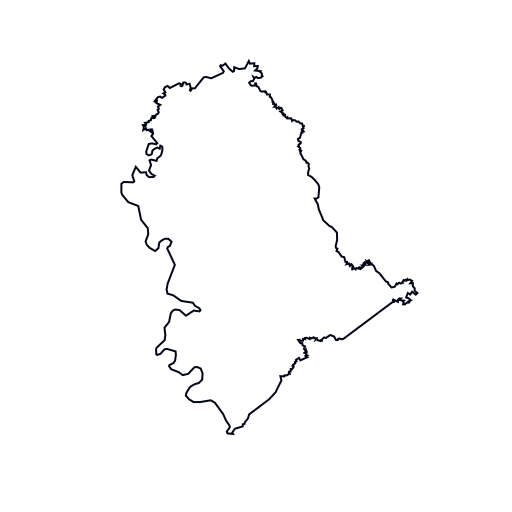 Phon Charoen, Bueng Kan, Thailand, rotated 27°
{"feature_id": "78962969B2501060362083", "entity_name": "Phon Charoen", "entity_type": "district", "adm_level": 2, "iso_a3": "THA", "parent_name": "Thailand", "parent_adm1": "Bueng Kan", "projection": "albers", "projection_center": [103.668, 18.069], "detail": "fine", "context": "isolated", "style": "outline", "palette": "ink", "viewbox_px": 512, "rotation_deg": 27, "n_neighbors": 0, "source": "geoboundaries", "source_scale": "gbopen_adm2", "svg_char_len": 6124}
<svg xmlns="http://www.w3.org/2000/svg" viewBox="0 0 512 512"><g transform="rotate(27 256 256)"><path d="M310.4,420.4L309.7,425.8L311.2,427.0L316.3,425.0L315.0,424.2L315.6,419.6L321.5,413.8L320.7,411.9L322.0,410.8L321.6,409.0L322.6,404.4L321.8,400.2L332.8,377.6L335.3,368.6L335.1,355.3L332.3,352.0L335.7,350.5L335.5,349.4L337.3,348.7L338.8,346.6L338.5,345.7L339.4,345.5L338.0,344.1L339.3,343.1L338.3,341.0L339.3,340.9L339.9,338.4L338.7,337.6L339.4,337.0L338.4,336.1L339.7,333.8L338.8,332.7L339.9,331.4L338.8,330.5L339.2,329.6L340.6,327.3L342.9,328.9L347.7,322.8L345.6,322.6L346.5,321.4L345.5,321.6L345.1,320.2L344.2,320.3L345.1,319.2L344.6,318.2L343.5,318.9L343.8,318.0L342.8,316.6L342.3,317.5L340.8,316.9L340.8,314.3L338.0,314.4L336.7,312.6L335.2,313.5L331.7,311.7L333.1,310.8L334.3,311.4L336.3,310.1L335.6,308.6L337.5,307.8L336.8,306.9L338.3,305.8L341.5,305.7L341.2,304.3L342.7,304.3L344.3,302.3L345.1,302.9L347.2,301.8L347.3,303.4L347.9,302.3L349.3,303.0L352.1,302.5L351.9,301.8L353.2,301.4L352.6,300.5L353.7,297.6L355.5,297.3L358.0,292.7L362.2,292.3L365.5,294.6L367.0,293.7L366.8,292.7L367.8,291.6L370.0,291.4L371.5,290.1L398.2,235.8L399.7,234.3L398.0,233.3L398.0,232.5L403.3,232.4L402.4,230.5L403.0,228.7L403.9,228.3L403.3,229.3L404.1,229.9L407.8,228.7L407.3,229.8L408.7,230.2L409.0,232.3L410.5,231.7L411.8,228.8L413.3,228.2L413.5,227.3L412.6,227.0L414.1,225.1L411.1,224.4L408.6,224.8L408.1,220.0L410.9,220.3L411.3,217.0L415.9,217.9L416.6,215.7L413.2,215.1L412.1,212.8L409.4,211.7L408.2,209.0L405.9,210.3L406.4,207.3L403.6,207.2L402.2,208.3L402.7,209.2L401.3,208.1L401.0,209.8L400.0,209.4L399.6,210.6L398.4,210.5L398.3,212.6L399.0,213.1L397.7,214.7L395.7,214.8L394.9,216.9L393.7,216.7L393.6,220.4L391.0,222.5L386.2,220.6L385.7,219.5L383.1,219.6L373.6,215.3L369.8,214.8L365.4,211.2L362.9,210.9L361.0,212.3L361.6,210.8L360.6,211.4L360.9,210.2L358.6,208.5L358.0,209.4L358.6,210.6L356.8,210.4L358.0,211.7L355.7,212.2L355.4,213.0L356.8,213.7L355.9,214.0L356.8,214.6L354.5,215.6L355.6,215.2L356.0,215.9L355.1,216.3L356.6,216.7L355.5,219.0L355.0,218.3L354.0,219.3L352.5,218.8L354.1,220.4L350.9,221.1L350.9,222.7L348.9,222.4L347.9,224.1L346.9,222.6L347.3,221.2L345.1,220.1L343.8,219.8L345.0,220.8L344.1,222.3L342.4,220.5L340.4,222.2L340.5,220.9L339.5,220.5L340.3,220.4L339.9,219.9L338.4,220.7L335.2,217.0L332.5,217.6L327.6,215.0L325.5,215.0L325.2,212.5L323.6,212.5L322.5,211.1L321.1,205.1L317.5,198.4L310.6,195.8L307.7,195.9L299.9,193.7L290.8,185.9L287.5,181.8L282.2,178.2L283.7,177.5L285.0,175.4L281.1,165.9L278.9,163.8L273.6,161.5L269.7,160.3L265.6,160.2L264.3,157.5L263.8,154.1L261.9,152.0L261.4,150.0L259.6,149.4L258.8,150.0L257.1,148.5L254.5,148.3L248.6,144.0L248.5,141.9L247.3,142.4L246.5,141.7L247.0,140.6L246.3,139.7L243.7,139.2L244.2,138.3L243.4,137.4L244.7,135.4L244.2,134.2L241.5,134.2L240.2,132.6L241.5,130.8L240.4,125.4L241.3,125.1L240.8,124.2L241.9,123.4L240.5,122.7L239.9,123.3L239.2,122.3L240.4,120.7L239.4,119.7L239.9,118.8L239.4,118.2L238.5,118.8L236.9,117.0L235.2,117.7L232.7,116.9L231.3,117.9L229.2,117.4L226.7,118.3L226.7,119.1L224.8,117.4L221.5,119.2L220.9,118.2L220.5,119.0L218.7,118.6L217.9,117.2L216.6,118.3L215.7,117.2L214.4,117.8L215.4,116.5L212.2,116.2L213.6,114.3L211.6,112.6L210.8,112.7L210.1,114.4L208.6,113.0L207.6,115.2L205.7,114.2L204.8,114.6L205.7,112.7L205.1,111.9L203.9,112.5L203.0,111.9L203.3,112.8L202.2,112.8L201.5,111.0L200.8,111.2L199.6,109.4L197.0,107.7L196.0,107.9L195.1,105.8L192.4,107.1L190.6,105.3L189.8,105.9L189.2,105.1L186.5,106.9L185.0,107.0L181.5,104.4L179.7,104.4L177.5,102.2L176.9,102.6L177.8,104.5L174.7,106.4L172.9,105.8L171.2,104.7L171.9,102.7L173.9,101.6L173.9,98.9L172.4,97.6L174.1,97.8L175.0,96.3L176.8,96.7L179.3,95.0L180.2,92.9L179.2,92.6L178.4,90.7L176.3,90.2L176.3,89.2L171.1,91.1L172.0,88.4L171.3,85.9L168.2,87.7L167.0,85.0L163.3,87.4L161.1,85.6L161.0,93.8L156.1,97.1L150.9,97.7L152.5,101.1L151.6,102.4L146.8,101.2L141.4,98.4L139.9,101.5L137.9,102.1L137.9,103.2L143.4,106.0L143.4,107.9L135.4,118.0L130.3,119.1L128.3,120.6L125.4,134.4L123.2,135.5L122.6,138.5L121.9,138.3L121.4,135.7L118.7,132.7L116.2,134.7L114.9,133.5L113.7,133.6L112.4,134.7L113.2,137.6L112.6,138.6L111.6,138.7L110.7,136.9L109.0,137.1L103.0,145.4L100.0,144.6L98.2,147.1L98.2,149.7L100.9,151.3L99.7,153.2L101.9,153.4L102.4,154.2L100.4,157.8L98.2,157.5L96.3,159.3L95.4,164.3L96.2,164.4L97.3,162.9L97.9,165.0L102.1,164.8L100.8,167.4L102.6,168.9L102.0,170.5L104.1,172.0L104.0,173.9L102.8,175.4L103.1,178.9L102.4,179.5L101.2,177.6L100.1,178.5L101.2,179.9L100.1,180.7L100.7,182.7L99.0,184.4L99.6,185.5L96.7,187.7L98.3,188.4L98.5,190.4L96.9,190.0L95.8,190.7L97.4,191.8L98.4,194.9L99.9,192.2L101.4,193.6L102.5,192.5L105.8,193.0L104.5,191.1L106.0,190.4L108.9,193.8L108.3,196.6L116.8,200.3L116.3,201.8L112.2,202.9L109.6,204.9L110.8,213.0L112.0,214.7L114.6,215.0L116.1,213.9L116.8,212.3L115.9,209.2L116.9,206.7L118.8,204.2L121.5,204.1L120.7,201.1L122.9,201.2L124.4,203.8L125.5,208.3L125.4,210.3L123.7,213.7L124.2,216.4L119.0,217.6L117.7,219.1L121.2,222.6L121.9,228.5L125.6,230.4L129.4,230.4L128.7,232.2L124.9,234.3L121.8,233.5L120.0,231.3L115.3,234.1L108.4,231.1L109.1,240.1L113.7,244.8L113.2,246.1L104.5,250.1L103.3,252.8L107.3,260.7L109.3,262.4L117.8,266.0L128.4,264.9L137.2,275.9L146.9,280.3L150.2,285.7L151.0,293.1L153.6,295.6L157.5,297.0L163.8,297.4L165.5,293.5L163.7,287.8L165.1,284.6L167.1,281.9L170.1,280.5L174.3,281.6L174.7,286.0L173.3,288.2L173.5,289.6L187.7,300.7L189.8,320.7L191.6,326.5L194.2,329.7L200.1,328.6L209.8,330.0L220.9,326.3L224.3,328.1L229.1,328.3L231.1,329.4L230.8,331.0L225.3,332.9L220.7,341.0L212.5,338.9L208.4,340.3L206.7,342.4L206.1,345.8L208.5,354.2L207.0,361.4L211.3,367.9L212.8,372.6L209.2,382.5L209.2,384.3L211.9,389.0L212.8,389.0L215.3,386.6L216.8,380.7L218.9,379.2L227.6,377.5L229.5,380.4L231.4,386.0L231.1,388.9L228.4,392.3L228.5,393.6L231.8,395.4L239.7,394.6L244.8,395.4L249.1,391.8L251.6,383.1L254.1,381.6L257.8,381.4L261.6,384.7L264.2,390.6L262.7,395.1L259.2,398.5L256.7,402.6L256.1,409.3L256.8,412.2L261.3,414.0L266.6,414.5L272.5,411.5L281.2,405.1L286.0,405.4L298.4,411.7L304.3,416.4L309.5,419.2L310.4,420.4Z" fill="none" stroke="#020617" stroke-width="2"/></g></svg>